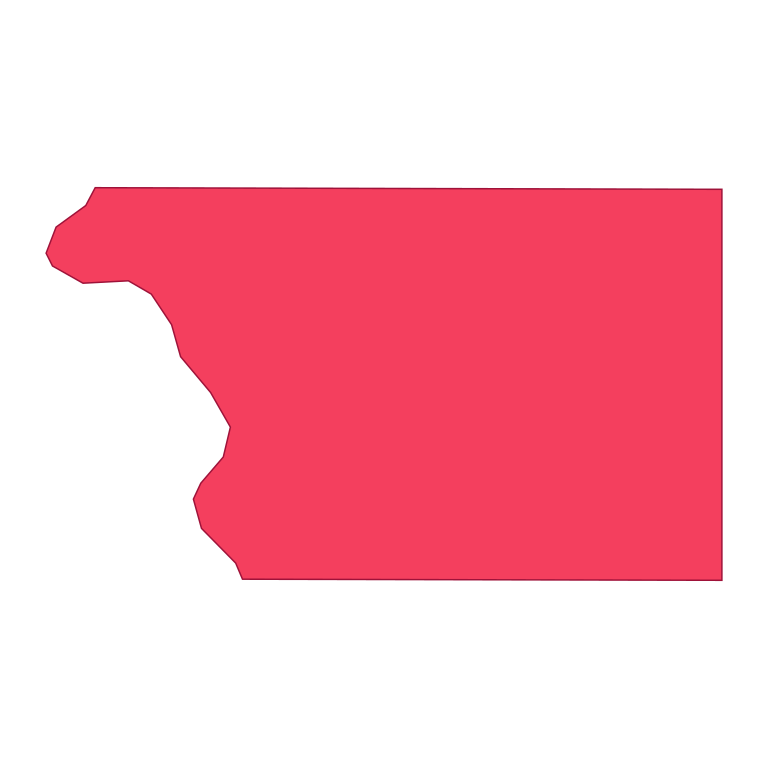 Walworth, South Dakota, United States of America
{"feature_id": "52423323B58103435188047", "entity_name": "Walworth", "entity_type": "district", "adm_level": 2, "iso_a3": "USA", "parent_name": "United States of America", "parent_adm1": "South Dakota", "projection": "equal_earth", "projection_center": [-100.243, 45.42], "detail": "fine", "context": "isolated", "style": "filled", "palette": "rose", "viewbox_px": 768, "rotation_deg": 0, "n_neighbors": 0, "source": "geoboundaries", "source_scale": "gbopen_adm2", "svg_char_len": 390}
<svg xmlns="http://www.w3.org/2000/svg" viewBox="0 0 768 768"><path d="M713.4,189.3L95.2,187.7L85.8,205.5L56.1,227.1L46.1,253.2L52.5,266.0L83.0,283.2L128.4,280.8L151.3,294.1L171.6,324.7L180.6,356.7L210.6,392.5L230.4,427.1L223.3,457.0L200.8,483.2L193.4,499.1L201.5,528.4L235.7,563.1L242.5,579.2L721.9,580.3L721.9,189.3L713.4,189.3Z" fill="#f43f5e" stroke="#9f1239" stroke-width="1.5"/></svg>